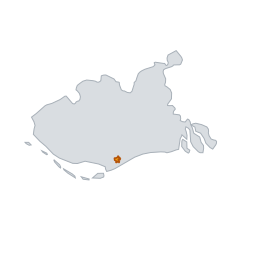 Dijk en Waard, Noord-Holland, Netherlands (highlighted), rotated 229°
{"feature_id": "6326949B1679798000878", "entity_name": "Dijk en Waard", "entity_type": "district", "adm_level": 2, "iso_a3": "NLD", "parent_name": "Netherlands", "parent_adm1": "Noord-Holland", "projection": "mercator", "projection_center": [4.81, 52.682], "detail": "fine", "context": "in_parent", "style": "filled", "palette": "amber", "viewbox_px": 256, "rotation_deg": 229, "n_neighbors": 0, "source": "geoboundaries", "source_scale": "gbopen_adm2", "svg_char_len": 4265}
<svg xmlns="http://www.w3.org/2000/svg" viewBox="0 0 256 256"><g transform="rotate(229 128 128)"><path d="M154.8,215.1L151.0,215.0L147.5,214.9L145.6,214.6L143.6,213.7L142.7,211.9L141.6,209.7L141.9,208.3L145.2,204.4L145.7,203.4L145.4,202.8L145.7,201.1L148.2,195.3L148.6,193.0L147.4,191.4L145.8,190.4L140.4,188.7L137.9,186.3L136.7,184.2L135.5,183.6L133.8,184.3L129.4,185.1L125.8,183.9L121.5,179.9L120.6,176.3L120.0,173.6L119.0,172.6L117.6,174.0L115.8,176.3L112.2,176.5L111.2,176.0L111.0,174.8L110.8,173.6L109.8,172.1L108.8,171.3L104.2,175.4L102.6,175.4L100.4,173.8L99.4,172.3L97.1,173.2L95.0,175.1L95.7,178.7L94.6,179.4L92.0,179.0L89.1,177.5L85.8,176.6L80.9,174.2L74.1,176.2L69.3,173.8L65.3,173.5L62.9,171.6L60.2,168.3L62.1,166.2L63.9,165.5L71.2,165.0L76.5,166.3L85.9,173.4L88.3,173.4L90.9,172.5L89.6,170.5L87.2,169.6L83.7,167.7L80.9,165.0L87.5,164.2L86.6,162.8L85.7,160.4L78.7,152.2L79.9,149.9L81.7,145.1L83.8,141.1L85.6,140.1L88.4,137.2L94.7,128.9L98.6,122.1L101.6,113.9L105.9,91.5L107.2,87.6L109.2,83.4L111.9,84.2L113.7,85.4L120.1,82.2L131.1,73.8L134.4,66.5L137.6,63.1L150.3,56.5L157.3,54.5L168.1,54.0L175.9,52.8L185.3,52.4L188.9,56.5L190.9,59.5L194.3,61.1L199.5,62.3L199.1,68.2L199.2,79.8L198.8,81.8L196.5,86.7L194.0,95.5L193.4,101.2L192.6,102.3L182.8,102.2L181.4,103.2L181.2,104.5L181.7,105.9L181.4,107.4L180.7,108.6L181.1,110.5L182.8,112.6L185.9,114.0L189.2,114.1L190.9,113.8L192.2,115.4L193.4,117.7L193.3,120.7L192.9,124.7L191.3,128.3L186.7,132.6L184.7,134.1L182.8,134.8L181.9,135.9L181.5,137.3L181.6,138.6L184.8,142.0L184.7,142.7L183.8,144.5L182.5,146.1L174.2,149.6L170.8,149.3L168.8,151.0L168.2,151.3L166.0,149.8L161.2,148.0L159.3,148.6L158.3,149.6L155.3,150.8L153.1,152.7L153.1,155.1L156.9,161.3L158.3,162.5L158.4,164.9L160.2,167.8L162.2,171.4L162.4,173.8L162.1,176.1L161.2,179.4L157.8,187.2L157.8,188.7L158.0,189.8L159.2,190.1L160.1,190.7L159.8,191.7L153.5,197.1L152.7,198.0L150.1,197.8L149.7,198.7L150.0,200.1L151.1,201.4L153.3,202.0L155.2,203.4L156.8,206.1L154.8,215.1ZM89.1,177.5L88.5,179.8L87.1,182.3L82.2,185.8L77.1,188.2L74.4,187.9L72.6,186.6L71.6,185.4L68.9,184.1L65.1,183.5L62.8,184.8L61.1,186.1L59.6,185.9L58.5,184.8L57.7,183.2L56.5,178.1L59.4,177.1L65.4,176.8L70.2,178.6L76.4,179.4L81.1,177.0L84.8,179.1L89.1,177.5ZM78.8,156.4L82.4,159.7L83.2,160.8L83.5,161.9L78.9,163.2L74.0,159.2L70.7,160.1L69.5,158.2L69.5,157.0L72.9,156.0L78.8,156.4ZM113.6,75.4L109.9,79.8L107.7,78.5L107.0,77.5L108.2,74.1L113.6,68.4L113.6,75.4ZM129.9,55.8L126.5,56.3L124.9,55.5L133.3,53.0L138.5,52.2L139.5,52.6L129.9,55.8ZM152.4,51.3L145.0,52.3L142.5,51.5L142.1,50.8L144.1,50.4L150.4,50.3L152.3,50.9L152.4,51.3ZM121.9,60.7L115.0,65.2L114.4,64.5L118.8,60.5L121.9,60.7ZM182.3,43.6L178.8,43.8L179.8,42.1L183.0,40.9L184.7,40.9L182.3,43.6ZM167.4,48.0L162.2,50.2L160.9,49.7L161.2,49.1L165.8,47.8L167.4,48.0Z" fill="#d9dde1" stroke="#a8b0b8" stroke-width="1"/><path d="M113.1,102.2L113.3,101.9L113.2,101.8L113.2,101.7L112.9,101.4L112.8,101.2L112.7,101.1L112.7,100.9L112.8,100.9L112.9,100.7L112.9,100.4L113.0,100.3L113.0,100.2L113.1,99.9L113.2,99.7L113.3,99.5L113.3,99.4L113.3,99.2L113.2,99.1L113.3,99.0L113.4,98.9L113.5,98.9L113.7,98.7L113.8,98.6L114.0,98.4L114.1,98.2L114.1,97.9L113.9,97.7L113.7,97.6L113.3,97.5L113.2,97.4L113.1,97.2L112.9,97.1L112.7,96.9L112.4,96.8L112.2,96.9L112.2,97.0L111.9,97.0L111.5,97.1L111.4,97.1L111.1,97.2L111.0,97.3L110.9,97.3L110.7,97.3L110.6,97.2L110.5,97.3L110.5,97.2L110.4,97.2L110.3,96.9L110.2,96.9L110.2,97.0L110.2,96.9L110.2,97.0L110.1,96.9L109.9,96.9L109.9,96.7L109.9,96.4L109.7,96.4L109.6,96.5L109.5,96.8L109.4,96.9L109.4,97.0L109.4,97.4L109.3,97.6L109.3,97.8L109.3,98.0L109.3,98.3L109.2,98.3L108.9,98.3L108.7,98.4L108.1,98.6L107.9,98.6L107.9,98.9L108.0,99.0L108.2,99.3L108.3,99.4L108.5,99.3L108.8,99.4L109.0,99.4L109.5,99.6L109.6,99.8L109.5,100.3L109.5,100.7L109.5,100.8L109.4,101.1L109.5,101.1L109.4,101.4L109.5,101.3L109.8,101.1L110.1,100.9L110.4,100.6L110.4,100.8L110.4,101.0L110.1,101.4L109.9,101.9L109.9,102.0L110.0,102.0L110.0,101.9L110.0,102.0L110.4,102.1L110.6,102.2L110.7,102.3L110.8,102.3L111.1,102.3L111.3,102.3L111.5,102.3L111.6,102.2L111.7,101.9L111.7,101.7L111.8,101.5L112.0,101.5L112.2,101.8L112.3,101.8L112.5,101.9L112.7,102.0L112.8,102.1L113.0,102.2L113.1,102.2Z" fill="#f59e0b" stroke="#b45309" stroke-width="1.5"/></g></svg>